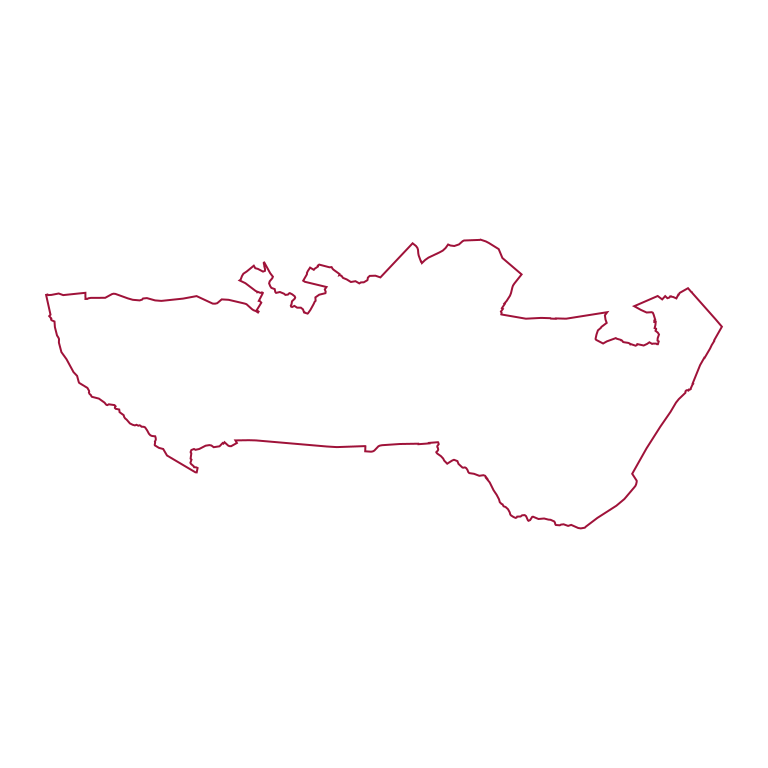 the district of Doetinchem, Gelderland, Netherlands
{"feature_id": "6326949B3071243252174", "entity_name": "Doetinchem", "entity_type": "district", "adm_level": 2, "iso_a3": "NLD", "parent_name": "Netherlands", "parent_adm1": "Gelderland", "projection": "albers", "projection_center": [6.278, 51.959], "detail": "fine", "context": "isolated", "style": "outline", "palette": "rose", "viewbox_px": 768, "rotation_deg": 0, "n_neighbors": 0, "source": "geoboundaries", "source_scale": "gbopen_adm2", "svg_char_len": 6084}
<svg xmlns="http://www.w3.org/2000/svg" viewBox="0 0 768 768"><path d="M46.1,294.9L50.5,314.7L49.2,316.1L51.2,318.3L50.9,318.6L51.0,319.1L51.5,320.2L54.5,321.5L54.9,327.1L57.0,335.4L58.5,337.8L59.0,339.1L58.9,342.6L61.4,352.1L66.5,359.2L73.5,372.1L77.1,375.9L78.7,381.9L79.2,382.9L87.4,387.9L89.0,390.7L89.2,391.5L88.9,392.5L89.2,393.2L89.6,394.0L90.9,395.1L91.4,396.2L91.9,396.8L98.9,398.6L104.6,402.7L106.0,404.5L106.8,405.0L107.4,405.1L108.8,404.3L114.5,405.1L115.6,406.3L114.9,407.2L114.9,408.0L115.7,408.8L119.2,409.5L119.6,412.2L123.7,415.2L124.1,416.8L125.1,418.4L126.5,419.5L129.9,423.4L132.7,424.8L134.9,425.4L136.5,424.8L138.3,425.7L139.6,425.3L140.5,425.7L141.5,426.7L143.8,426.8L145.1,427.4L147.2,430.5L148.9,433.7L150.4,435.3L152.1,436.0L155.2,436.3L155.7,438.0L155.8,439.5L155.5,440.5L154.9,441.5L155.1,442.6L154.7,444.9L154.9,445.4L159.0,447.9L163.2,449.0L167.0,455.5L195.4,472.3L196.7,472.4L197.6,468.0L196.4,467.4L194.1,467.2L193.8,466.4L190.9,463.8L190.4,462.8L191.5,459.6L190.6,458.7L191.3,453.5L191.2,453.0L190.7,452.6L190.7,451.7L191.4,450.0L194.0,449.0L195.5,449.8L199.2,449.0L205.6,445.7L209.4,445.1L211.4,445.5L213.7,447.2L219.5,446.3L222.7,443.0L223.5,443.6L224.5,442.2L228.2,445.6L229.3,446.1L231.1,446.2L236.9,443.0L235.4,440.4L248.9,440.2L255.9,440.4L326.8,446.5L336.8,447.1L365.2,446.1L365.4,446.2L365.2,451.3L371.1,451.7L372.8,451.4L374.3,450.6L378.4,446.3L379.9,445.6L382.1,445.2L399.9,444.0L418.3,443.7L418.4,444.2L429.3,443.4L429.1,442.9L438.0,442.2L438.5,443.2L438.7,444.2L437.3,446.1L437.3,446.9L437.9,448.0L438.2,449.6L437.8,450.6L436.3,452.1L436.3,452.4L437.3,453.6L441.0,456.2L443.2,458.6L444.2,460.6L447.2,463.7L451.9,460.7L453.6,459.9L454.3,459.9L457.4,461.1L458.5,463.9L462.4,467.5L463.3,467.7L464.9,467.4L466.2,468.1L467.4,469.8L468.3,472.1L469.3,473.1L474.0,473.8L479.3,475.8L483.4,475.2L485.1,475.8L487.0,478.4L486.4,478.4L489.7,482.4L493.6,490.3L496.7,494.9L499.0,499.3L499.8,502.2L501.6,504.0L502.5,504.3L503.6,506.3L505.6,507.0L508.0,509.2L509.7,512.3L510.3,514.5L511.0,515.4L513.5,517.0L515.6,517.9L516.5,517.6L517.2,516.6L520.6,516.5L522.1,515.3L524.7,515.1L526.1,516.2L527.9,520.3L528.5,520.8L530.1,520.1L532.2,516.9L533.0,516.7L538.5,519.0L544.1,518.5L548.4,519.6L550.6,519.8L554.3,521.5L554.9,522.6L555.4,524.5L555.9,525.0L559.8,525.3L561.0,524.6L563.6,524.3L568.1,525.9L571.2,524.9L578.2,528.0L580.8,528.4L584.8,527.7L585.9,526.6L597.4,517.9L616.4,505.7L624.4,499.0L635.3,486.1L636.1,484.4L636.7,481.8L636.7,480.7L632.2,473.8L646.5,448.4L660.3,426.7L670.5,411.9L676.0,402.6L678.8,399.1L685.4,392.8L685.5,391.3L686.2,390.5L687.1,390.1L688.4,390.6L689.0,389.5L689.7,389.7L690.8,389.0L690.8,388.3L692.4,384.8L693.1,383.9L692.6,383.6L700.1,365.1L704.3,357.7L704.6,357.9L710.1,348.5L711.7,345.1L714.3,340.9L714.1,340.4L721.9,326.7L715.6,319.3L692.1,292.8L692.0,292.3L691.4,292.1L688.0,288.2L679.7,292.9L678.5,295.0L678.2,294.8L676.4,298.4L673.2,297.0L671.1,296.6L671.0,296.3L670.2,296.3L669.4,297.5L667.4,298.2L665.2,296.1L662.2,299.4L657.7,296.0L634.2,306.2L641.1,310.0L646.6,312.5L651.7,312.2L652.8,312.7L653.6,314.5L655.3,320.0L654.3,320.4L654.3,322.0L655.7,322.0L655.4,325.1L654.6,328.1L656.1,328.7L656.1,329.4L655.5,330.8L657.8,332.6L659.0,334.5L657.7,338.1L657.5,340.6L658.7,341.4L657.9,344.2L657.0,344.2L656.1,343.6L652.9,343.6L652.1,343.9L649.4,342.3L647.1,343.9L643.7,345.5L637.3,344.1L636.8,345.1L635.6,345.7L630.8,344.1L630.3,344.4L629.7,343.5L628.3,342.9L623.8,342.2L623.1,342.0L622.1,340.6L621.0,340.3L620.9,339.9L616.7,338.7L615.8,338.1L606.8,341.4L603.1,343.5L596.2,339.9L595.6,339.1L595.6,338.6L596.5,334.5L597.9,330.4L600.9,327.8L601.4,326.9L606.7,322.9L605.5,319.5L604.9,315.3L607.2,312.2L566.1,318.7L555.8,318.4L555.8,318.8L553.3,318.7L550.8,318.6L550.5,318.2L541.2,317.9L525.9,318.7L501.6,314.5L501.3,314.4L501.6,312.8L500.9,311.6L502.9,308.9L501.9,308.2L504.8,303.9L504.3,303.6L506.6,301.0L510.0,295.7L511.0,293.1L512.4,287.3L513.0,285.6L514.3,283.6L521.6,274.4L502.4,258.0L498.7,249.1L488.9,243.0L485.8,241.4L480.4,239.6L479.9,239.9L464.0,240.5L462.6,241.2L459.0,244.4L454.3,246.0L450.4,245.5L448.1,244.5L445.6,248.0L442.8,250.6L439.5,252.4L428.5,257.6L425.1,260.0L421.9,263.1L421.3,261.6L421.0,261.7L418.7,255.5L418.3,253.5L418.0,249.8L417.4,247.9L416.0,246.0L412.6,243.3L380.4,277.4L375.4,275.7L369.7,275.9L367.9,277.6L367.5,280.0L367.2,280.3L363.8,282.3L360.9,282.4L359.3,283.4L355.5,281.2L350.9,282.0L346.7,279.4L343.0,277.9L341.4,275.7L340.6,275.6L339.7,274.8L339.3,275.0L339.6,274.1L339.2,273.8L333.5,269.7L332.6,268.8L331.6,267.1L329.5,267.3L319.2,264.6L317.8,265.6L318.0,266.5L314.6,268.8L313.8,269.8L310.1,267.6L307.8,271.1L306.9,273.0L307.0,273.9L306.7,274.7L303.2,280.7L304.9,281.8L326.5,287.0L324.8,289.4L325.7,291.8L325.4,293.2L319.2,294.7L315.4,297.4L315.6,300.8L314.7,301.7L313.6,304.1L310.4,309.9L308.0,313.3L307.6,313.6L304.7,312.7L304.5,312.2L304.0,312.3L303.0,309.4L300.9,307.7L297.2,307.7L294.4,305.9L292.1,307.0L291.1,306.6L290.8,305.6L291.5,304.3L292.0,301.3L294.7,298.7L295.2,297.6L294.7,296.3L292.3,294.4L289.8,293.1L289.2,293.3L287.9,294.6L285.4,294.9L284.0,293.7L279.9,292.0L276.1,292.9L275.3,292.0L274.7,289.1L271.4,287.9L270.3,286.3L269.1,283.4L269.7,281.3L272.3,278.2L272.9,276.7L270.2,273.2L264.3,262.5L263.8,262.7L263.8,263.2L263.9,264.1L264.7,265.2L264.2,265.8L265.1,269.4L264.9,270.9L263.0,271.6L257.9,268.9L255.3,268.2L253.8,265.7L246.7,271.5L243.4,273.7L242.0,276.0L240.6,279.7L239.6,280.4L245.4,283.2L255.7,291.0L256.9,291.5L257.2,292.3L258.2,292.0L260.2,292.8L261.4,292.8L261.9,292.4L262.8,292.8L262.7,293.4L258.8,300.9L260.0,301.2L261.3,302.7L256.7,310.2L258.6,311.6L258.0,312.5L255.9,311.1L253.5,310.2L251.9,309.1L246.5,304.2L244.8,303.6L228.6,299.8L221.7,299.4L217.2,303.2L215.0,303.7L212.7,303.6L196.6,296.1L183.1,298.6L161.4,300.9L155.1,300.4L146.9,298.1L143.0,298.5L142.1,299.6L139.7,300.4L132.8,299.8L127.9,298.4L115.4,293.9L113.6,293.7L112.0,294.1L105.2,297.8L90.7,297.9L88.3,298.3L87.5,298.9L85.7,299.0L85.4,298.9L85.7,298.1L85.4,297.1L85.4,292.8L63.2,295.1L58.7,293.5L51.4,294.9L48.2,295.1L47.6,294.5L46.1,294.9Z" fill="none" stroke="#9f1239" stroke-width="2"/></svg>